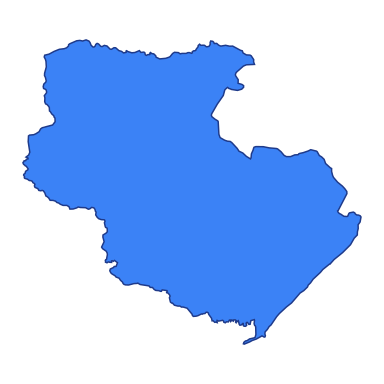 outline of Liúpo, Nampula, Mozambique
{"feature_id": "85939544B62807674730552", "entity_name": "Liúpo", "entity_type": "district", "adm_level": 2, "iso_a3": "MOZ", "parent_name": "Mozambique", "parent_adm1": "Nampula", "projection": "albers", "projection_center": [40.01, -15.693], "detail": "fine", "context": "isolated", "style": "filled", "palette": "blue", "viewbox_px": 384, "rotation_deg": 0, "n_neighbors": 0, "source": "geoboundaries", "source_scale": "gbopen_adm2", "svg_char_len": 5859}
<svg xmlns="http://www.w3.org/2000/svg" viewBox="0 0 384 384"><path d="M254.6,325.3L255.4,326.0L255.7,327.3L255.9,334.5L255.1,337.3L254.0,337.9L249.6,338.9L247.1,340.6L245.4,341.0L243.9,342.3L243.4,343.8L244.3,344.1L249.7,341.9L252.2,340.5L256.4,339.0L262.0,335.9L264.2,337.1L265.0,336.9L265.4,335.7L264.9,334.0L265.1,331.9L267.3,329.5L269.2,326.5L271.0,325.0L276.7,316.6L279.4,313.5L286.5,306.9L291.5,303.0L300.1,293.0L303.8,290.6L307.5,287.0L308.2,285.1L310.5,282.9L313.1,279.2L320.4,272.4L322.8,269.5L329.6,264.0L330.0,264.1L334.1,259.5L342.6,252.6L350.5,244.7L354.2,238.2L357.3,235.0L357.4,231.8L358.2,228.6L358.1,224.8L360.1,222.0L361.0,217.0L360.2,215.8L358.6,215.1L356.6,214.9L355.3,213.9L354.7,212.8L353.3,212.1L349.7,212.8L348.9,213.4L347.7,216.2L347.0,216.5L343.9,216.3L341.0,214.3L339.2,213.4L337.9,211.9L337.6,210.9L338.2,210.5L346.9,193.7L346.8,191.5L344.8,188.7L342.4,186.1L337.6,182.2L333.5,177.4L332.6,175.4L331.6,171.4L331.6,168.5L330.3,167.8L325.6,163.5L324.1,159.3L321.6,156.9L319.3,155.5L317.2,151.7L316.4,151.1L310.7,149.7L308.4,150.9L303.1,152.7L299.8,153.4L298.8,153.8L298.1,154.7L294.7,154.9L290.6,156.6L286.4,156.6L284.1,155.4L281.0,151.7L277.6,148.9L276.3,148.5L269.4,147.9L263.3,146.7L255.9,146.6L254.1,147.2L253.7,147.9L253.0,150.3L251.4,153.9L251.1,157.5L250.5,158.9L246.4,156.4L242.8,153.0L239.0,151.2L237.1,148.3L231.7,142.5L230.1,141.4L227.5,141.2L224.6,140.2L220.1,137.6L218.9,134.3L218.2,121.7L217.8,120.9L215.0,119.2L212.0,116.8L211.4,115.6L211.6,114.0L217.3,104.1L223.3,95.5L224.8,89.9L226.6,88.1L227.6,87.4L229.1,88.6L230.5,88.9L231.2,89.4L237.5,90.4L241.7,89.2L243.6,87.3L243.6,85.6L241.9,84.4L238.1,83.3L238.2,79.7L235.6,75.7L235.4,74.5L236.0,72.8L236.9,71.8L243.4,66.1L246.4,64.8L254.5,64.4L253.6,61.9L253.7,59.6L251.2,55.8L250.0,55.1L246.4,54.9L243.1,53.0L242.3,50.8L240.5,50.3L232.7,46.1L229.7,46.2L225.6,45.3L220.8,46.1L218.7,45.2L216.7,43.4L214.3,43.5L213.7,42.2L212.7,41.3L210.7,41.0L210.1,42.6L210.2,44.3L209.4,45.9L208.7,46.4L206.9,46.8L206.1,46.6L204.7,45.4L203.9,45.2L200.8,45.3L199.6,44.2L198.2,45.5L198.1,46.7L196.0,49.5L195.9,50.1L195.1,50.7L193.4,50.9L192.2,51.9L192.3,52.8L191.5,53.3L189.5,52.6L188.0,52.6L186.1,53.4L182.1,53.4L180.2,53.8L178.4,52.6L174.5,52.3L172.6,53.5L170.1,56.6L169.0,57.2L165.8,58.3L159.7,58.9L156.1,57.2L155.7,55.7L153.8,53.9L151.6,53.5L150.6,52.5L149.8,53.2L150.1,53.8L149.7,54.6L147.9,54.6L146.3,55.4L145.3,54.7L144.8,52.7L143.9,52.1L140.8,52.4L139.4,50.6L134.9,52.5L131.8,52.8L127.7,51.5L126.7,50.7L126.1,51.0L126.1,52.4L123.5,52.9L121.6,51.4L118.9,50.6L115.7,47.8L114.0,47.7L111.4,49.3L110.1,49.1L107.0,46.0L104.3,45.4L102.1,46.6L100.7,46.3L98.7,44.1L97.6,43.5L96.9,43.5L95.8,44.4L94.9,46.4L93.8,47.1L92.8,46.9L91.0,45.1L90.1,42.7L89.0,41.1L86.1,39.9L82.6,41.0L79.8,40.4L76.6,40.8L69.7,43.8L68.6,44.7L68.5,46.0L66.6,47.8L64.2,48.7L59.3,49.3L54.1,51.4L49.1,54.1L44.7,55.2L44.2,57.0L45.4,59.3L46.0,61.5L46.3,67.0L44.6,73.2L44.5,75.6L45.4,77.4L46.2,80.8L45.8,82.1L43.8,84.1L43.2,86.6L43.6,88.5L45.6,89.4L46.2,90.2L46.6,91.9L46.5,92.8L44.3,95.7L44.9,97.9L44.7,101.7L45.6,103.9L47.0,104.5L48.6,106.3L49.3,107.5L49.5,111.0L50.3,111.6L51.8,114.0L53.3,115.3L53.9,116.0L54.1,117.1L55.0,118.1L55.1,121.7L52.6,125.0L42.3,127.7L40.6,128.9L39.1,131.7L35.8,133.8L33.7,134.7L29.6,135.1L28.5,135.9L28.2,141.7L29.8,152.2L28.7,155.0L26.0,157.1L27.9,157.9L28.1,158.8L26.3,159.4L25.7,160.6L24.0,160.9L23.7,161.9L23.0,162.4L23.2,163.6L23.8,164.5L24.6,165.0L25.1,165.7L26.3,166.3L28.1,168.8L27.8,169.8L25.6,171.3L25.0,173.5L23.8,174.3L23.6,175.1L24.5,176.6L24.3,177.8L24.8,178.4L27.5,179.2L29.2,180.5L31.0,180.7L32.4,181.4L32.8,182.6L33.9,183.2L34.9,184.2L34.4,185.9L35.0,187.4L37.8,188.6L38.8,190.4L40.8,190.8L42.1,190.4L43.4,190.8L44.9,193.1L45.9,196.0L47.1,196.6L48.7,198.0L50.1,200.3L53.1,200.4L55.6,201.2L56.9,202.5L58.7,203.0L60.2,204.2L63.1,205.4L66.8,205.4L69.0,206.7L69.9,209.1L73.2,209.0L76.7,207.9L78.2,207.0L80.4,207.5L85.6,207.7L88.3,209.2L89.7,208.9L91.7,207.4L93.8,207.8L95.0,209.4L95.4,211.3L96.1,212.1L95.7,214.9L97.2,217.3L98.7,218.7L101.2,219.6L104.3,219.8L104.7,220.2L105.0,221.5L104.4,222.7L105.2,226.4L105.6,227.4L106.9,228.0L107.2,228.6L107.3,231.7L106.1,233.1L103.0,235.0L102.9,237.1L104.1,241.7L101.6,247.1L102.6,248.7L106.2,251.2L107.1,252.8L107.4,254.6L106.5,259.4L105.6,259.8L105.3,260.7L105.6,261.5L105.5,262.2L107.0,262.8L108.0,262.1L109.0,261.9L109.6,262.3L111.6,262.4L111.5,260.9L112.2,260.7L113.3,261.3L114.5,260.4L117.5,262.7L116.1,266.4L114.2,266.5L113.5,267.5L110.3,269.0L109.8,270.8L110.8,272.8L111.8,273.8L115.1,275.8L116.0,277.0L119.1,278.2L120.5,280.3L122.5,282.1L123.1,283.5L124.0,284.4L125.6,284.9L128.6,285.0L133.9,283.6L137.3,283.4L137.8,283.1L140.1,284.5L149.0,285.9L150.2,287.4L152.5,287.5L154.1,289.4L155.7,290.4L159.1,290.7L160.4,291.3L161.4,291.3L162.2,289.9L166.9,290.6L167.3,291.1L166.6,292.4L166.8,292.8L167.6,292.8L168.1,293.3L169.4,294.6L170.1,296.1L169.4,297.7L170.4,302.0L170.8,302.4L171.8,303.1L172.5,303.1L174.4,305.2L178.0,306.1L179.8,306.0L181.5,307.1L183.0,307.0L187.1,308.2L192.0,314.1L192.4,315.4L193.3,316.4L196.0,316.2L197.9,315.7L201.4,314.0L202.6,314.1L203.0,313.7L205.0,313.5L206.1,312.3L207.1,312.2L208.2,312.8L208.8,314.5L211.5,318.2L212.1,320.9L213.1,320.7L214.7,322.3L215.6,322.1L217.2,322.6L216.9,321.2L217.1,320.4L218.7,321.1L222.7,320.3L223.5,321.0L223.9,322.3L225.3,322.8L226.4,321.8L228.4,321.9L229.4,320.1L230.3,320.5L230.7,321.5L231.1,321.0L230.9,320.0L231.8,320.0L233.3,321.2L233.6,320.8L233.5,320.0L235.1,319.8L236.0,320.4L235.6,322.2L236.1,322.7L236.7,321.2L237.0,321.0L237.5,321.6L237.8,321.5L238.4,320.9L239.2,324.3L239.9,325.2L241.2,325.0L242.9,323.4L243.3,323.5L243.2,325.2L243.5,325.8L244.1,326.2L245.4,326.3L246.4,325.7L246.7,325.2L246.1,323.5L246.5,322.5L247.4,322.4L248.9,324.4L250.1,324.3L250.9,320.6L254.3,319.6L254.5,320.2L254.1,323.6L254.6,325.3Z" fill="#3b82f6" stroke="#1e3a8a" stroke-width="1.5"/></svg>